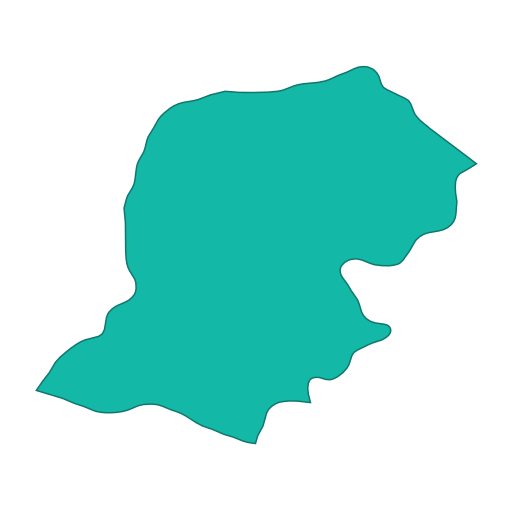 Los Hidalgos, Puerto Plata, Dominican Republic (Equal Earth projection), rotated 89°
{"feature_id": "3306468B64768612261884", "entity_name": "Los Hidalgos", "entity_type": "district", "adm_level": 2, "iso_a3": "DOM", "parent_name": "Dominican Republic", "parent_adm1": "Puerto Plata", "projection": "equal_earth", "projection_center": [-70.999, 19.734], "detail": "fine", "context": "isolated", "style": "filled", "palette": "teal", "viewbox_px": 512, "rotation_deg": 89, "n_neighbors": 0, "source": "geoboundaries", "source_scale": "gbopen_adm2", "svg_char_len": 2754}
<svg xmlns="http://www.w3.org/2000/svg" viewBox="0 0 512 512"><g transform="rotate(89 256 256)"><path d="M443.5,259.8L435.9,257.5L425.9,251.9L412.8,248.0L409.4,245.9L406.5,242.9L404.2,239.2L403.3,237.1L402.5,234.7L401.8,229.8L401.5,224.7L401.8,216.9L403.5,204.1L395.4,206.0L389.5,206.6L384.0,205.9L380.9,204.3L379.6,202.8L378.8,200.9L378.4,198.9L378.5,195.1L380.5,188.7L381.0,185.1L380.8,183.0L380.2,180.8L378.3,176.8L374.3,171.3L369.4,166.8L365.8,164.8L357.1,161.8L354.1,159.7L351.9,156.4L346.5,144.9L344.9,140.8L342.2,132.0L340.3,128.3L338.0,125.2L336.6,124.0L335.0,123.1L333.3,122.6L331.5,122.7L329.9,123.3L328.4,124.5L327.3,126.1L326.3,129.8L325.0,138.0L323.6,142.0L322.6,143.9L320.2,147.2L317.1,149.8L313.5,151.5L306.0,153.6L302.3,154.9L299.0,156.9L292.5,161.3L285.5,165.3L279.4,169.7L276.1,171.5L272.4,172.2L270.4,172.0L268.5,171.4L266.9,170.4L264.0,167.5L261.9,163.8L261.2,161.7L260.6,156.8L260.8,154.4L261.9,150.0L265.2,142.3L266.7,138.0L267.8,130.6L268.1,123.2L267.6,118.4L266.5,114.0L265.5,112.1L262.8,109.2L253.8,102.5L243.8,96.5L242.3,95.2L239.6,92.1L237.4,88.4L235.9,84.1L234.0,72.4L232.8,67.8L230.9,63.9L228.3,60.5L225.2,57.9L221.5,56.2L217.6,55.4L205.1,54.2L196.9,55.3L190.8,55.6L185.0,55.1L181.4,54.0L178.3,51.9L177.0,50.4L172.1,41.4L167.6,34.0L159.3,44.5L131.5,80.0L123.5,89.3L120.1,92.4L116.6,94.9L106.2,98.8L103.2,100.9L101.1,104.1L91.9,122.3L89.8,125.5L86.8,127.5L78.3,130.1L75.0,132.0L72.2,134.7L71.0,136.4L69.2,140.4L68.7,142.8L68.5,145.2L68.9,150.0L70.3,154.2L73.8,162.0L77.0,170.9L80.6,179.0L82.1,183.3L83.5,190.7L84.7,206.0L85.5,210.9L86.7,215.4L90.6,225.9L91.6,230.8L92.4,241.1L92.5,257.0L92.1,270.3L90.8,283.9L94.1,298.7L98.7,311.4L99.7,316.1L101.2,325.9L102.4,330.7L104.4,335.3L106.9,339.5L111.3,345.2L114.5,348.6L118.0,351.4L125.0,355.4L134.9,361.7L138.6,363.1L146.3,365.1L150.1,366.5L158.3,371.4L161.9,373.0L165.8,374.0L177.8,375.7L181.7,376.6L185.3,378.2L193.5,383.3L197.2,384.7L205.8,387.1L220.3,386.0L247.5,386.2L256.5,385.9L260.9,385.3L265.1,384.2L268.8,382.5L276.9,377.7L280.7,376.6L286.5,376.4L290.4,377.3L292.2,378.2L295.3,380.7L297.9,383.9L299.9,387.6L302.4,393.8L304.2,397.6L306.6,401.0L309.5,403.9L311.0,405.0L315.0,406.6L326.9,408.8L330.3,410.5L331.8,411.8L333.7,415.1L336.9,428.3L338.7,432.7L341.0,436.8L345.0,442.8L349.4,448.4L353.9,453.8L358.8,458.4L369.2,464.8L377.2,471.3L386.6,478.0L394.9,452.0L400.3,439.8L403.4,430.9L407.8,420.7L408.6,418.5L409.6,413.5L410.1,408.5L410.2,403.3L409.9,398.2L409.3,393.1L408.2,388.3L407.5,386.1L403.5,375.9L402.5,371.0L402.2,363.5L402.7,358.5L403.2,356.1L404.7,351.8L408.2,343.8L410.6,337.1L412.6,332.7L415.0,328.5L421.7,318.5L425.2,312.1L428.4,303.1L433.8,291.0L436.7,281.9L441.0,271.7L442.3,267.1L443.5,259.8Z" fill="#14b8a6" stroke="#0f766e" stroke-width="1.5"/></g></svg>